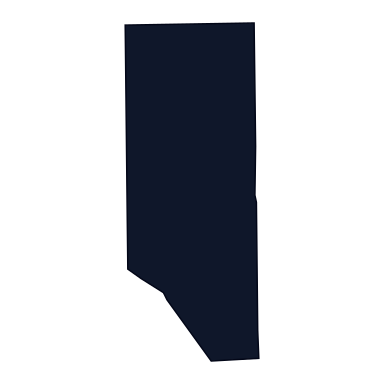 the district of Abour, Al Qalyubiyah, Egypt
{"feature_id": "37247803B53826434992934", "entity_name": "Abour", "entity_type": "district", "adm_level": 2, "iso_a3": "EGY", "parent_name": "Egypt", "parent_adm1": "Al Qalyubiyah", "projection": "equal_earth", "projection_center": [31.446, 30.221], "detail": "fine", "context": "isolated", "style": "filled", "palette": "ink", "viewbox_px": 384, "rotation_deg": 0, "n_neighbors": 0, "source": "geoboundaries", "source_scale": "gbopen_adm2", "svg_char_len": 357}
<svg xmlns="http://www.w3.org/2000/svg" viewBox="0 0 384 384"><path d="M258.8,358.3L257.7,330.2L256.4,202.3L254.9,195.2L255.6,146.4L254.1,23.0L125.2,25.1L125.7,70.5L127.3,222.6L127.7,257.1L127.8,269.1L141.2,278.6L163.4,292.6L163.7,293.2L163.8,293.4L164.2,294.1L167.0,299.8L211.2,361.0L258.8,358.3Z" fill="#0f172a" stroke="#020617" stroke-width="1.5"/></svg>